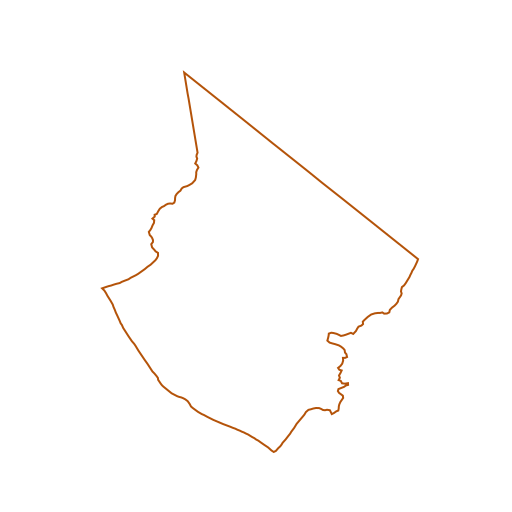 the district of Abaetetuba, Pará, Brazil, rotated 257°
{"feature_id": "56859067B37467363108415", "entity_name": "Abaetetuba", "entity_type": "district", "adm_level": 2, "iso_a3": "BRA", "parent_name": "Brazil", "parent_adm1": "Pará", "projection": "natural_earth1", "projection_center": [-48.934, -1.739], "detail": "fine", "context": "isolated", "style": "outline", "palette": "amber", "viewbox_px": 512, "rotation_deg": 257, "n_neighbors": 0, "source": "geoboundaries", "source_scale": "gbopen_adm2", "svg_char_len": 3351}
<svg xmlns="http://www.w3.org/2000/svg" viewBox="0 0 512 512"><g transform="rotate(257 256 256)"><path d="M450.9,227.3L429.5,225.9L424.4,225.7L369.8,222.3L367.9,220.9L366.2,220.3L364.2,220.6L361.9,219.3L359.8,217.6L357.6,219.2L355.1,219.8L353.1,217.8L351.1,216.6L349.2,216.2L345.9,215.0L343.7,213.8L341.2,210.2L340.2,207.1L339.6,204.7L339.4,200.8L338.5,198.8L336.6,197.0L335.7,194.9L334.2,192.6L332.6,191.0L330.7,190.2L328.5,189.6L326.4,188.4L325.7,186.4L326.5,184.1L326.7,181.9L326.2,179.7L325.3,177.6L324.9,175.4L323.7,172.9L321.6,170.8L319.3,168.8L319.0,166.5L317.2,166.2L315.7,163.5L313.8,164.9L311.2,164.0L309.0,162.0L306.8,160.5L305.0,158.8L303.6,157.0L300.2,157.2L298.5,158.3L296.7,158.9L294.6,159.2L292.8,158.7L291.1,156.6L287.7,156.7L285.0,158.3L283.1,159.2L281.1,161.2L278.2,160.6L276.1,158.9L274.5,157.0L271.2,151.3L269.9,147.9L268.3,144.8L267.5,142.9L265.1,137.1L264.3,134.6L263.0,129.1L262.0,126.5L261.5,122.7L261.0,119.4L260.3,117.1L260.3,113.8L260.1,110.8L259.8,108.1L259.8,105.8L259.6,103.4L259.1,98.8L256.4,100.5L253.6,101.5L250.6,102.3L245.2,104.2L240.9,105.5L238.5,105.7L235.4,106.3L232.4,106.7L229.3,107.4L223.4,108.6L220.8,109.0L219.0,109.8L215.8,110.4L206.3,113.8L200.9,115.9L197.9,117.5L195.6,118.4L190.4,120.1L180.2,124.0L175.1,126.1L166.8,129.1L164.4,130.6L161.4,132.1L159.2,133.0L157.4,132.8L153.2,134.4L151.4,135.2L149.8,136.2L141.2,142.9L137.1,147.7L136.0,149.4L135.0,151.4L133.7,153.2L132.2,154.9L129.9,156.8L126.7,158.1L124.0,158.8L122.1,160.2L117.2,164.4L114.1,167.7L112.8,169.5L110.2,172.4L107.8,175.3L105.8,177.7L99.6,186.2L95.3,192.7L93.9,194.6L92.4,197.0L90.9,198.8L89.5,200.9L88.0,202.7L86.8,204.5L85.4,206.1L83.9,208.1L80.5,211.5L78.8,213.5L77.3,214.7L75.6,216.7L73.4,218.6L70.4,221.3L66.8,224.7L65.1,225.9L63.2,227.2L61.1,229.1L61.6,231.5L63.8,234.5L65.1,236.8L66.6,238.6L68.0,239.9L70.6,243.6L73.4,247.0L75.2,249.3L76.8,250.8L79.9,254.5L83.3,257.8L89.2,265.7L90.6,267.5L92.7,269.5L94.3,272.5L94.3,275.0L94.5,277.5L94.4,280.3L93.6,283.3L92.4,285.0L90.9,286.6L90.2,288.5L90.2,290.6L89.1,293.3L86.9,293.8L84.9,294.3L85.5,296.7L86.6,299.3L86.9,301.4L88.6,302.2L90.9,302.9L92.7,303.8L94.8,305.4L98.1,309.0L100.4,309.2L104.0,306.1L106.0,305.4L107.8,306.4L108.2,309.1L108.7,312.4L109.6,314.5L109.7,316.7L111.4,317.0L111.6,313.9L112.6,311.2L115.2,310.5L116.5,308.6L118.5,310.3L120.9,310.0L123.0,312.0L125.2,313.7L126.4,311.6L128.5,310.8L129.8,313.5L131.7,315.8L134.5,317.4L137.2,317.8L136.7,319.9L137.1,322.0L140.0,322.0L141.9,321.0L144.4,321.2L146.2,320.3L148.5,318.5L150.3,316.6L152.4,313.1L153.7,310.6L155.1,308.2L157.5,306.5L160.3,308.0L162.0,308.8L164.0,309.5L164.3,312.1L163.5,314.2L162.0,317.1L160.6,318.9L159.0,320.8L158.9,323.4L159.1,326.0L159.8,331.2L158.2,333.2L160.4,336.5L162.5,338.3L164.1,340.0L164.5,343.1L165.6,345.0L168.0,345.3L169.3,347.3L171.5,351.2L173.1,355.1L173.4,358.9L173.1,361.9L172.6,364.1L172.6,366.4L171.0,367.9L170.5,370.7L171.1,373.2L173.4,374.3L175.1,376.9L176.4,379.8L177.9,382.1L179.6,384.0L181.9,385.1L185.0,388.5L186.8,389.5L188.9,389.3L190.8,390.1L192.9,391.2L194.0,393.6L195.8,395.7L201.0,400.8L202.9,402.2L204.4,403.5L206.6,405.1L207.9,406.6L210.2,408.6L214.2,411.7L216.5,413.2L269.1,371.5L292.4,353.0L312.7,336.7L325.8,326.5L340.3,315.0L362.6,297.2L384.2,280.2L399.0,268.5L405.8,263.1L421.7,250.5L433.9,240.8L450.9,227.3Z" fill="none" stroke="#b45309" stroke-width="2"/></g></svg>